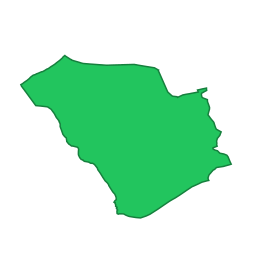 Bayt Al Faqih, Al Hudaydah, Yemen (Equal Earth projection), rotated 71°
{"feature_id": "15242507B83737515314147", "entity_name": "Bayt Al Faqih", "entity_type": "district", "adm_level": 2, "iso_a3": "YEM", "parent_name": "Yemen", "parent_adm1": "Al Hudaydah", "projection": "equal_earth", "projection_center": [43.296, 14.46], "detail": "fine", "context": "isolated", "style": "filled", "palette": "green", "viewbox_px": 256, "rotation_deg": 71, "n_neighbors": 0, "source": "geoboundaries", "source_scale": "gbopen_adm2", "svg_char_len": 4357}
<svg xmlns="http://www.w3.org/2000/svg" viewBox="0 0 256 256"><g transform="rotate(71 128 128)"><path d="M38.9,164.1L39.6,166.1L40.4,167.2L41.1,168.9L41.6,170.0L42.2,171.7L43.0,174.2L43.3,175.0L43.9,176.6L44.5,179.0L44.9,180.8L45.9,184.1L45.9,185.6L46.5,188.1L46.9,190.3L46.7,191.6L47.0,195.2L47.0,196.9L47.3,198.5L47.2,199.9L47.3,201.0L47.8,202.3L48.2,203.6L49.1,205.2L49.8,207.1L50.2,208.1L50.5,209.4L51.1,211.5L51.4,212.2L51.6,212.9L51.8,213.5L51.9,214.2L52.1,215.2L52.8,215.1L53.7,215.1L54.1,215.0L54.9,214.7L56.7,214.2L57.4,213.9L58.4,213.6L59.8,213.2L60.6,212.9L61.6,212.6L63.5,212.0L64.2,211.8L66.8,211.0L67.1,210.9L68.7,210.4L72.9,209.1L75.2,208.4L76.8,207.9L78.5,204.1L78.9,203.2L81.8,197.2L85.4,194.5L87.2,194.0L90.3,193.0L94.9,192.3L95.1,192.2L96.7,191.6L97.7,191.3L99.4,190.8L99.6,191.1L101.7,190.8L102.0,190.8L102.9,191.1L103.2,191.2L104.6,191.7L108.7,191.6L110.4,191.6L110.5,191.6L112.6,191.6L112.8,191.6L115.2,190.8L115.3,190.7L115.7,190.6L116.9,189.8L117.1,189.6L117.8,189.7L120.1,190.1L120.8,190.3L121.1,190.2L122.9,189.6L123.0,189.5L123.3,189.4L124.0,189.2L124.3,188.8L126.6,187.3L127.2,185.9L128.0,184.7L129.4,182.5L129.9,181.9L130.9,181.6L132.1,181.6L132.6,181.9L134.0,182.5L135.9,183.2L136.9,183.5L137.5,183.6L140.3,183.3L142.5,182.5L143.4,181.2L143.5,181.3L144.3,180.8L145.3,180.1L147.5,176.2L147.9,175.9L148.5,175.4L149.2,174.7L149.9,172.9L150.7,172.2L150.8,172.2L151.5,171.6L154.6,170.5L155.4,170.2L155.5,170.1L157.0,170.1L158.1,170.0L159.3,169.6L161.0,169.1L162.6,168.7L164.1,168.4L165.3,168.1L166.8,167.8L166.9,167.7L167.1,167.7L170.6,166.8L171.1,166.5L173.0,165.5L175.2,164.8L176.2,164.9L177.9,164.5L178.9,164.3L180.2,164.0L181.6,163.6L181.8,163.6L183.0,163.3L183.7,163.1L186.3,162.0L187.8,161.9L189.6,161.8L191.9,162.4L192.4,163.8L192.5,164.0L193.6,165.4L193.9,165.1L194.2,164.7L194.5,164.4L194.9,164.6L195.1,164.8L195.4,164.9L195.7,164.7L196.3,164.6L196.8,164.6L197.1,164.8L197.4,165.0L197.9,165.2L198.2,165.1L198.4,164.9L198.9,164.4L199.4,164.2L199.6,164.3L199.8,164.8L200.2,165.1L200.7,165.1L200.9,164.8L201.3,164.6L201.8,164.6L202.1,164.5L202.3,165.0L202.6,165.3L203.1,165.6L203.5,165.6L204.2,165.8L204.7,166.1L205.4,166.1L205.6,165.9L206.0,165.5L206.3,165.2L206.3,164.8L206.3,164.2L207.2,161.6L207.9,160.0L209.6,158.5L211.2,156.7L212.1,155.5L213.5,152.9L215.3,149.5L217.1,145.4L217.1,144.1L217.1,139.3L216.8,136.5L216.7,135.4L214.4,125.9L212.5,119.1L212.1,117.6L210.8,112.8L210.6,111.9L210.1,109.6L210.1,109.3L209.8,108.0L209.6,106.6L208.3,101.2L206.4,94.2L206.1,93.2L205.5,90.9L204.9,88.5L204.4,86.8L204.2,84.2L203.7,78.9L203.6,78.5L203.3,75.6L203.6,71.4L203.6,70.8L203.9,68.7L202.9,68.8L201.5,68.7L201.0,68.5L200.4,67.9L199.8,67.6L198.8,66.7L198.6,66.5L198.0,65.5L198.0,65.4L197.6,64.7L196.6,63.1L196.1,62.1L195.9,61.9L195.4,60.8L195.4,59.9L195.4,59.6L194.6,58.2L194.2,56.9L194.6,54.7L195.4,50.4L195.6,46.9L195.8,43.7L195.8,42.6L195.8,42.2L193.0,42.5L187.8,42.8L185.9,43.4L183.8,45.8L181.7,49.4L178.7,50.8L177.2,52.9L175.8,54.3L175.0,54.4L174.4,54.0L174.4,53.0L174.2,49.6L173.8,49.6L173.1,49.8L171.5,49.0L169.7,48.6L169.2,48.5L166.8,46.8L166.8,46.7L165.0,43.8L165.0,43.7L163.4,42.4L162.0,41.2L161.1,42.0L159.9,43.1L157.9,44.9L156.1,45.1L155.9,45.1L154.9,45.1L154.6,45.1L153.5,45.1L150.6,45.0L148.9,45.6L146.9,46.4L146.0,46.7L145.9,46.7L145.1,47.0L143.7,47.4L141.6,48.1L139.4,46.7L136.7,44.8L135.1,44.2L131.8,44.2L129.2,44.3L127.5,43.9L127.3,43.8L127.0,43.7L124.0,47.3L122.9,48.0L121.9,48.0L120.5,47.7L119.9,47.6L119.7,47.5L119.5,47.4L119.2,47.0L119.0,46.8L118.9,45.8L118.5,43.9L118.1,41.4L117.9,41.4L115.8,40.8L115.2,45.4L115.0,47.5L114.7,49.9L116.9,49.8L116.9,50.0L116.6,51.6L116.4,53.2L115.9,56.5L115.6,58.8L115.5,59.4L115.2,61.0L114.9,63.0L114.7,64.8L114.6,65.1L114.6,65.6L114.7,66.2L114.9,68.4L115.2,71.2L114.4,71.4L112.4,75.6L110.9,76.5L108.2,78.0L107.0,78.7L106.2,78.7L106.0,78.8L103.5,79.0L89.0,80.2L83.2,80.7L83.1,80.4L83.0,80.5L82.7,80.7L81.4,81.9L79.9,83.2L79.8,83.3L79.7,83.4L75.7,90.9L71.8,98.1L71.1,99.3L69.9,101.5L66.8,111.4L66.2,113.3L66.0,114.1L65.2,116.6L63.3,122.6L61.9,127.2L61.5,128.3L61.4,128.5L60.2,131.3L59.6,132.7L59.2,133.7L56.4,140.2L55.3,142.8L52.4,149.4L51.5,150.8L50.2,152.5L46.9,157.2L45.7,158.8L45.6,159.0L45.0,159.2L44.9,159.3L44.8,159.6L44.3,160.0L43.5,160.7L43.2,160.9L40.8,162.8L40.4,163.1L39.9,163.5L39.6,163.8L38.9,164.1Z" fill="#22c55e" stroke="#15803d" stroke-width="1.5"/></g></svg>